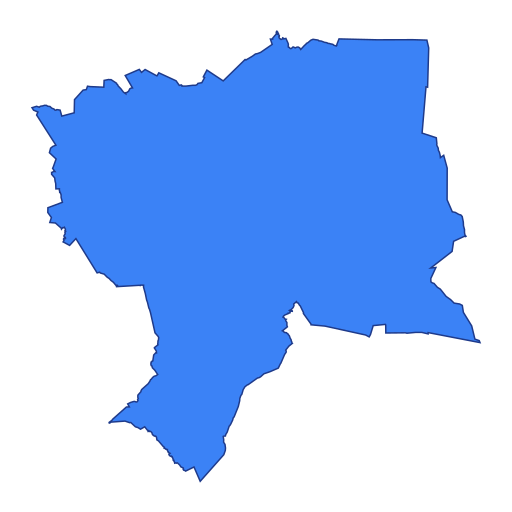 Jiménez, Chihuahua, Mexico (Albers equal-area conic projection)
{"feature_id": "50627088B9615027683396", "entity_name": "Jiménez", "entity_type": "district", "adm_level": 2, "iso_a3": "MEX", "parent_name": "Mexico", "parent_adm1": "Chihuahua", "projection": "albers", "projection_center": [-104.567, 26.97], "detail": "fine", "context": "isolated", "style": "filled", "palette": "blue", "viewbox_px": 512, "rotation_deg": 0, "n_neighbors": 0, "source": "geoboundaries", "source_scale": "gbopen_adm2", "svg_char_len": 5922}
<svg xmlns="http://www.w3.org/2000/svg" viewBox="0 0 512 512"><path d="M426.9,40.1L412.9,39.7L377.0,39.8L339.0,38.9L336.8,44.6L336.8,45.5L336.3,46.0L333.7,45.2L333.1,44.5L331.7,44.0L331.3,44.1L329.4,43.5L327.7,43.3L327.1,42.8L325.9,42.5L324.7,42.4L321.4,41.1L318.8,40.8L318.5,40.3L317.6,40.0L313.0,39.3L310.8,40.2L307.9,42.7L306.4,43.4L306.2,43.9L304.3,45.6L300.7,49.5L299.8,48.0L298.4,47.1L297.0,47.1L295.2,47.9L293.5,47.0L292.9,47.0L291.5,48.4L290.5,48.6L289.8,48.2L289.3,47.4L288.4,47.2L288.2,45.9L288.4,44.8L288.1,43.3L285.9,38.4L283.6,38.9L283.4,38.8L283.4,38.2L282.7,37.9L282.5,38.8L281.6,39.4L280.9,39.4L280.8,39.1L279.5,38.5L278.8,36.8L279.0,36.4L279.3,36.3L279.4,35.7L278.4,34.2L278.5,33.7L278.1,33.3L277.8,32.2L277.3,31.7L277.0,32.0L277.0,30.7L276.3,32.0L276.2,33.1L276.8,34.1L276.4,34.0L274.9,35.5L272.5,38.4L272.6,39.1L270.4,39.1L272.2,44.4L260.6,52.4L257.4,53.6L255.4,54.0L252.4,56.2L245.9,60.0L245.1,59.5L223.2,80.9L206.9,70.1L203.3,76.9L204.6,77.6L201.8,82.7L197.9,83.4L197.1,84.6L195.5,85.3L192.7,85.3L185.9,86.1L182.0,86.1L182.0,85.5L181.3,84.9L179.3,85.4L176.1,80.8L158.8,72.8L157.1,75.8L156.7,75.8L145.1,69.5L141.5,72.4L139.3,69.4L125.2,75.5L132.5,87.9L130.5,88.3L129.8,88.8L128.5,91.4L128.0,91.6L127.3,92.3L125.7,92.7L125.8,93.8L123.4,92.1L120.9,88.8L118.1,85.9L117.6,84.7L116.6,83.8L116.5,83.2L111.0,79.6L109.8,79.7L108.7,79.5L104.1,80.4L103.8,87.2L90.2,86.6L87.5,86.2L86.3,89.6L83.1,90.1L74.5,99.6L74.2,112.8L61.8,116.1L60.1,110.1L57.0,109.6L56.5,109.7L56.0,110.2L55.1,110.2L54.1,109.1L51.7,108.1L50.0,106.5L47.6,106.2L46.6,105.4L44.6,105.3L42.3,106.0L41.0,106.1L40.0,106.5L39.3,107.2L36.6,106.3L32.0,107.7L33.6,110.2L37.9,112.0L36.6,115.0L55.9,145.2L52.8,146.4L50.6,148.2L49.4,152.7L56.1,159.0L53.2,167.1L52.6,168.4L54.9,171.5L53.5,171.4L52.0,172.6L51.6,172.5L51.6,174.3L54.7,177.9L55.1,181.2L55.7,183.5L55.9,188.9L59.4,188.8L59.4,190.8L59.7,191.1L59.7,192.4L60.2,192.4L61.1,194.8L61.1,197.5L62.4,202.3L47.9,207.7L47.8,212.5L51.4,217.5L49.8,222.5L55.4,223.0L61.3,228.2L61.5,229.1L62.8,227.6L63.4,227.8L64.3,227.2L65.4,229.1L65.4,229.7L64.9,230.9L65.7,231.3L64.9,232.6L65.2,233.8L64.0,235.6L64.0,236.3L64.4,237.1L65.1,237.2L65.6,238.1L65.1,238.7L64.1,238.3L63.6,238.7L63.5,239.2L63.9,239.6L64.0,240.3L63.1,241.9L69.6,245.4L75.9,238.6L97.1,272.9L99.7,272.2L100.3,273.0L104.1,274.1L107.2,277.2L109.2,278.5L110.9,280.4L113.4,282.3L115.8,285.2L117.2,285.2L117.6,285.5L117.6,285.8L117.3,286.1L115.9,286.7L139.4,285.3L140.2,285.6L140.7,285.1L143.6,285.2L143.5,287.0L145.3,293.5L146.6,299.9L147.5,302.4L148.8,307.9L149.5,309.3L150.5,312.7L155.0,332.8L158.2,336.5L158.7,337.6L158.4,340.1L157.9,341.1L158.0,341.9L157.7,344.0L158.0,344.8L154.9,347.2L154.3,347.9L156.3,351.0L156.5,352.9L155.7,352.8L153.7,355.0L152.8,360.9L152.1,361.1L152.0,361.5L151.0,362.2L151.2,363.0L150.8,363.9L151.2,365.6L151.9,365.9L152.4,367.8L154.8,370.2L157.7,374.5L155.9,375.8L154.2,376.2L152.7,377.4L151.2,379.3L150.6,379.6L149.8,381.3L148.2,383.7L141.7,389.5L141.0,390.9L140.9,391.7L137.9,395.1L137.8,397.3L138.3,398.4L137.6,399.4L138.0,400.6L137.1,401.8L136.2,402.0L134.6,401.4L133.7,401.5L130.7,402.4L127.7,403.9L129.3,406.9L126.4,407.0L112.8,419.1L111.8,420.4L109.1,422.4L109.1,422.9L109.8,423.1L110.4,422.3L111.3,422.1L125.0,421.1L129.7,422.7L130.8,422.5L135.4,426.8L138.0,427.6L140.5,429.2L144.7,426.8L147.4,430.2L148.3,430.5L147.9,430.9L148.1,431.5L149.2,431.2L149.5,431.5L150.0,431.3L150.7,431.5L151.9,432.7L152.3,434.2L153.2,435.3L153.7,435.4L154.0,435.9L154.9,436.2L155.7,436.1L156.5,437.3L156.9,439.9L158.5,440.9L163.4,446.7L164.3,447.2L164.2,448.1L164.6,448.0L164.8,448.5L165.7,448.8L165.8,449.2L167.3,449.5L167.1,449.9L168.0,451.6L168.3,451.7L168.3,452.4L170.0,453.3L169.2,453.9L168.9,454.4L169.5,455.6L171.0,456.4L171.5,456.1L172.1,456.6L172.1,457.2L172.4,457.3L173.1,459.0L173.1,460.1L173.5,460.4L173.9,460.4L173.8,460.9L174.4,461.8L174.7,463.2L175.7,462.9L176.3,463.2L177.1,462.8L177.5,463.0L179.6,464.9L180.9,466.9L183.0,467.8L183.4,468.2L183.1,469.1L183.6,470.1L184.8,470.5L185.6,471.1L194.0,467.0L200.2,481.3L223.8,454.7L225.3,450.5L225.5,448.0L225.0,444.4L223.6,442.2L223.7,439.6L223.2,436.4L224.0,436.1L225.4,436.0L225.7,434.6L227.2,432.1L229.2,426.1L229.8,425.6L230.8,424.0L232.7,420.0L233.2,417.9L234.1,416.9L238.3,406.5L239.7,400.7L239.8,398.5L240.9,395.4L241.8,394.4L243.2,389.6L244.9,386.8L246.8,385.3L247.6,384.7L248.1,384.7L257.5,378.0L259.0,377.7L260.6,376.8L263.9,373.8L270.0,371.7L278.3,368.1L280.4,363.7L280.8,363.3L284.6,354.5L286.1,352.3L286.2,351.0L285.7,350.2L285.8,350.0L288.9,346.1L292.3,343.4L291.9,343.1L291.9,342.1L291.5,341.6L291.0,339.5L290.2,338.3L289.4,335.9L288.1,334.3L288.0,333.9L287.1,333.4L286.5,332.7L284.3,332.4L283.5,331.3L282.4,330.8L287.4,326.8L286.9,325.4L286.9,322.5L285.7,320.7L285.8,319.7L286.2,319.3L284.9,319.0L283.8,317.4L283.0,317.1L283.6,316.0L285.0,314.9L288.2,313.6L288.1,313.2L289.5,313.0L289.7,312.5L289.9,312.7L290.6,311.1L292.3,311.3L292.3,310.9L291.9,310.7L290.4,310.8L289.5,310.4L291.4,309.4L293.1,307.6L294.0,305.6L293.7,304.0L296.5,301.6L297.1,302.8L298.3,303.1L299.4,305.1L300.2,305.8L303.5,312.6L303.4,313.5L311.0,324.1L311.0,324.8L325.0,326.1L365.6,335.0L369.2,336.9L370.5,334.5L373.2,325.6L385.4,324.4L385.7,324.9L385.8,333.0L405.4,332.8L406.9,333.2L415.6,332.4L421.8,332.4L428.1,333.9L428.1,332.6L480.0,342.6L479.2,340.6L474.9,339.1L471.7,325.9L463.4,312.4L462.3,305.4L459.7,304.0L454.1,303.1L450.7,299.7L446.1,296.4L440.3,289.1L437.4,287.3L434.0,283.4L432.3,282.9L430.9,281.8L430.8,278.5L435.9,267.5L430.7,268.0L452.1,251.4L453.6,241.3L464.4,236.3L465.5,236.6L466.0,236.3L464.9,234.8L464.5,232.4L464.5,229.6L463.5,225.8L463.3,222.0L462.2,216.5L460.9,215.0L458.8,214.4L455.3,212.4L452.3,211.8L447.1,199.8L447.2,168.1L443.7,155.3L440.4,157.6L440.2,155.6L439.4,152.3L438.4,150.3L438.2,148.1L436.9,145.5L436.7,144.5L436.9,143.9L436.3,137.8L422.1,133.1L426.0,86.8L427.6,87.2L428.7,47.9L426.9,40.1Z" fill="#3b82f6" stroke="#1e3a8a" stroke-width="1.5"/></svg>